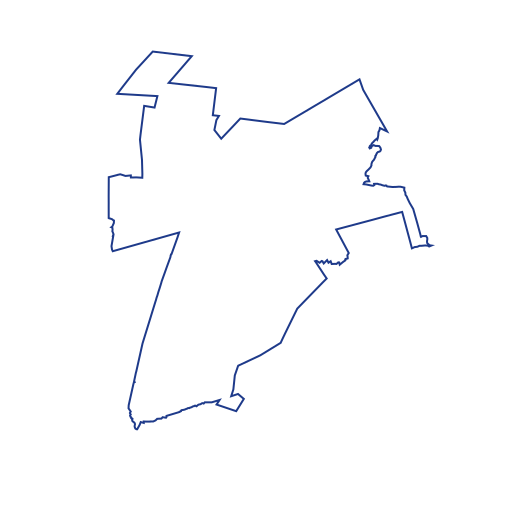 the district of Cárdenas, San Luis Potosí, Mexico, rotated 102°
{"feature_id": "50627088B72353439834550", "entity_name": "Cárdenas", "entity_type": "district", "adm_level": 2, "iso_a3": "MEX", "parent_name": "Mexico", "parent_adm1": "San Luis Potosí", "projection": "mercator", "projection_center": [-99.651, 22.008], "detail": "fine", "context": "isolated", "style": "outline", "palette": "blue", "viewbox_px": 512, "rotation_deg": 102, "n_neighbors": 0, "source": "geoboundaries", "source_scale": "gbopen_adm2", "svg_char_len": 4723}
<svg xmlns="http://www.w3.org/2000/svg" viewBox="0 0 512 512"><g transform="rotate(102 256 256)"><path d="M125.2,418.9L120.1,385.7L131.9,386.1L132.4,396.6L161.1,394.2L166.3,393.7L185.7,387.5L199.4,384.2L203.1,383.5L203.9,388.9L205.2,394.7L203.2,395.2L204.8,400.2L204.8,400.7L204.5,403.3L204.3,405.8L205.5,408.4L205.6,408.5L208.4,414.1L209.5,416.4L227.9,412.6L234.8,411.1L239.1,410.2L242.8,409.4L248.4,408.2L249.5,408.0L249.7,407.4L249.7,407.0L249.7,406.1L249.8,405.6L250.0,404.3L250.1,404.1L250.9,402.7L250.9,402.3L253.3,401.9L257.1,402.7L257.9,403.4L258.0,402.7L258.3,402.3L260.0,401.8L261.8,401.6L262.4,401.1L264.3,399.9L265.8,400.1L265.7,399.8L276.4,399.4L279.6,398.2L281.1,397.1L249.0,336.1L254.5,336.7L270.8,338.9L271.9,339.1L272.0,339.4L272.3,339.5L272.8,339.5L273.7,339.6L274.0,339.5L274.4,339.5L274.7,339.5L275.0,339.5L285.6,341.0L291.6,341.8L300.3,343.0L302.1,343.1L304.5,343.3L307.8,343.6L309.6,343.8L311.4,344.0L312.8,344.1L314.4,344.2L316.4,344.4L316.7,344.5L318.0,344.6L319.8,344.7L321.7,344.9L335.0,346.1L337.4,346.3L365.1,348.8L393.8,349.1L394.8,349.2L403.1,349.2L403.7,349.2L404.5,348.5L404.9,349.2L405.3,349.2L407.0,349.3L428.4,349.5L431.5,349.0L434.2,346.2L435.8,346.7L436.4,346.3L437.0,345.6L438.3,346.0L439.4,345.3L439.7,344.6L440.2,344.4L440.6,344.3L440.7,343.2L441.0,342.9L441.5,343.1L441.8,343.2L442.5,342.9L443.0,342.7L443.5,342.0L443.7,341.6L443.9,341.0L444.3,340.4L444.7,339.9L444.9,339.8L445.6,339.4L446.8,339.4L447.9,339.3L448.6,339.0L449.8,338.2L450.1,337.5L450.3,337.0L450.2,336.2L445.4,334.7L442.4,334.2L442.6,331.1L441.2,331.4L440.8,328.8L440.0,325.1L439.8,325.0L439.2,322.1L437.7,320.1L435.8,318.8L434.7,314.7L433.1,313.8L432.9,310.4L432.2,310.1L431.0,310.3L424.5,298.4L424.2,298.4L423.4,297.1L422.7,297.1L422.3,296.8L421.8,295.5L421.4,294.5L420.9,293.6L420.5,293.0L420.1,292.5L419.8,291.9L419.6,291.6L419.2,291.3L418.9,290.8L418.7,290.2L418.7,289.8L418.6,289.5L418.3,289.2L418.0,289.0L417.8,288.5L417.2,287.4L416.9,287.2L416.5,286.8L416.1,286.2L415.9,285.7L415.8,285.4L415.7,285.3L415.5,285.2L415.3,285.0L415.2,284.8L415.1,284.6L415.0,284.0L415.1,283.8L415.3,283.5L415.4,283.0L415.2,282.8L414.9,282.6L414.2,282.1L413.5,281.5L413.3,281.2L413.0,280.6L412.6,279.6L412.3,279.2L411.4,278.4L411.0,277.5L411.2,276.5L409.8,275.7L408.4,269.0L404.4,261.7L409.5,263.7L411.9,243.1L398.3,238.2L394.7,244.9L398.3,251.1L395.3,250.8L391.2,250.4L377.2,251.9L369.2,250.9L368.8,250.9L367.0,250.6L352.3,231.2L335.8,213.8L335.7,213.8L330.9,212.7L325.5,211.4L298.9,204.7L295.4,202.5L268.4,185.5L263.3,182.2L260.1,185.6L249.5,196.3L248.8,197.1L248.1,195.8L249.4,192.4L248.9,192.0L247.2,190.7L247.3,189.9L249.2,188.2L245.2,185.6L247.5,183.7L245.6,181.9L248.1,180.3L247.4,177.7L247.0,175.6L245.1,174.2L245.0,173.3L247.1,172.3L243.7,169.6L241.7,167.7L240.9,168.0L240.6,168.0L240.2,167.7L240.0,167.0L239.3,165.8L237.8,166.2L236.3,166.8L233.8,165.9L213.4,183.1L196.2,149.2L190.8,138.7L184.0,125.2L182.5,122.2L194.8,115.9L201.3,112.6L210.1,108.1L216.1,105.1L215.4,104.1L214.3,102.7L213.7,100.9L213.3,99.9L212.6,99.0L212.0,98.2L211.6,96.2L210.5,92.7L210.3,91.1L210.2,89.9L210.7,88.6L209.3,86.6L209.4,88.4L207.9,91.1L206.8,91.6L205.9,91.8L204.1,91.9L203.7,92.0L202.8,92.2L201.1,93.7L201.9,97.3L203.0,98.6L202.8,98.8L200.4,99.9L190.5,105.0L177.3,112.0L172.3,116.6L168.6,119.5L166.5,120.9L165.1,122.5L163.0,123.1L160.9,124.7L158.3,125.1L158.2,129.0L158.5,130.7L159.2,133.0L159.7,135.1L160.1,136.6L160.7,142.2L160.4,142.9L160.0,143.1L160.0,143.8L160.6,144.9L160.5,147.2L160.2,148.9L160.3,150.6L160.1,152.0L160.5,154.1L160.9,155.5L162.0,155.0L162.9,155.9L163.1,157.6L163.1,163.1L163.4,165.7L161.9,165.5L160.9,164.8L160.1,163.5L159.4,160.7L158.6,161.2L157.4,162.1L156.4,162.9L155.3,163.0L154.6,162.7L154.5,163.3L154.6,164.7L154.5,165.4L153.7,165.7L152.8,166.0L151.4,166.0L150.1,165.4L148.1,164.0L145.5,162.4L143.4,161.9L142.1,162.2L140.0,162.0L138.8,161.5L137.5,160.7L136.6,160.4L135.9,160.3L134.9,159.9L134.2,159.8L133.6,160.1L133.1,160.0L132.7,159.6L132.0,159.6L131.4,159.5L130.9,159.2L130.4,159.2L130.1,159.1L129.5,158.7L128.9,158.3L128.1,156.7L127.2,156.1L125.9,155.9L124.3,156.8L122.9,158.3L123.1,160.2L123.5,162.0L123.1,164.0L124.0,165.0L124.6,165.7L126.2,165.8L127.1,167.1L126.3,167.8L125.6,167.5L124.8,167.5L124.3,167.2L123.6,166.4L122.2,166.2L120.8,165.5L119.9,164.8L118.5,164.1L117.6,163.4L116.2,162.3L116.9,161.6L115.6,161.4L112.6,161.5L109.3,162.0L107.5,161.4L105.1,161.4L106.9,153.7L77.8,179.8L71.2,185.7L61.7,191.5L121.0,255.9L122.5,272.3L123.8,287.8L124.0,290.3L124.0,290.5L124.8,299.9L148.5,314.4L141.4,322.9L131.3,323.0L126.7,321.4L127.3,327.5L100.1,329.9L101.0,339.5L104.8,377.4L73.9,360.4L77.5,399.5L98.6,412.0L117.2,421.1L126.2,425.4L125.2,418.9Z" fill="none" stroke="#1e3a8a" stroke-width="2"/></g></svg>